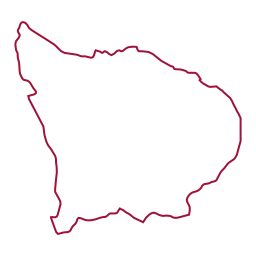 the border of Apurímac
{"feature_id": "PER-569", "entity_name": "Apurímac", "entity_type": "Department", "adm_level": 1, "iso_a3": "PER", "parent_name": "Peru", "parent_adm1": "", "projection": "orthographic", "projection_center": [-73.045, -14.013], "detail": "fine", "context": "isolated", "style": "outline", "palette": "rose", "viewbox_px": 256, "rotation_deg": 0, "n_neighbors": 0, "source": "natural_earth", "source_scale": "10m", "svg_char_len": 2801}
<svg xmlns="http://www.w3.org/2000/svg" viewBox="0 0 256 256"><path d="M132.7,46.7L136.1,46.8L136.8,47.2L137.0,48.3L137.6,49.7L138.3,50.8L138.9,51.2L144.1,51.4L148.9,52.1L153.0,54.2L161.4,60.9L170.7,66.1L172.2,66.4L173.2,66.9L174.2,68.8L175.6,69.2L180.8,69.5L185.7,70.9L186.4,71.4L187.0,72.1L187.9,72.6L189.6,72.8L194.8,72.8L196.5,73.5L198.0,75.2L200.6,79.1L199.6,80.1L201.1,81.8L203.4,83.6L208.3,86.4L210.2,86.9L216.6,86.4L217.3,87.2L221.3,90.2L222.2,90.5L223.3,91.9L230.2,98.1L232.0,101.0L233.4,104.1L236.2,109.4L236.8,110.8L238.9,114.5L240.6,118.2L240.6,141.0L236.8,154.9L235.4,157.4L234.6,158.5L233.7,159.4L229.4,162.3L228.4,163.1L227.5,164.0L224.4,168.1L221.4,171.2L220.2,173.0L216.6,179.9L215.5,181.0L211.1,182.2L209.3,183.2L207.1,183.7L204.4,184.1L203.1,184.9L202.1,185.9L201.4,187.4L200.3,188.8L198.2,190.5L196.1,191.4L193.2,192.2L191.5,193.0L190.1,194.1L188.8,195.5L188.0,196.7L187.3,198.0L186.9,199.3L186.9,200.7L187.3,202.0L189.1,205.6L189.6,206.8L189.8,208.3L189.6,211.5L189.0,214.7L178.4,217.5L175.9,217.9L173.6,217.6L172.2,217.0L170.9,216.2L169.1,215.8L166.7,215.6L162.8,215.9L160.6,215.4L159.0,214.9L157.8,214.2L156.6,213.6L153.9,212.7L152.0,213.0L149.7,214.3L146.3,217.4L143.1,222.2L134.9,218.3L133.3,217.3L129.2,214.0L126.1,212.4L123.5,210.4L119.8,208.5L118.9,209.8L117.7,211.9L116.9,212.9L115.6,213.4L114.0,213.5L111.8,213.4L110.4,213.5L109.1,214.0L107.3,215.7L106.3,216.4L105.2,216.9L103.0,217.1L100.3,217.7L94.9,219.5L91.9,220.1L88.9,220.4L87.6,220.3L86.0,220.1L84.0,219.5L81.1,218.3L79.7,218.0L78.5,218.0L77.6,218.8L77.1,220.0L76.7,221.4L76.1,222.7L75.4,223.7L72.7,226.4L71.9,227.5L70.7,230.0L69.9,231.0L68.9,231.7L67.6,232.1L63.7,232.4L60.2,233.4L57.9,233.9L56.1,231.9L51.1,218.1L51.0,217.2L52.3,217.1L55.2,217.3L56.6,216.7L57.5,215.3L60.5,204.4L60.3,201.4L58.3,197.5L55.2,192.0L55.1,189.7L55.8,181.6L56.8,172.6L56.7,167.5L56.0,162.0L56.0,160.0L55.8,158.2L55.2,156.0L51.2,149.4L48.1,145.3L47.1,143.3L46.1,140.7L44.5,135.1L43.4,126.5L29.0,99.0L28.3,96.0L33.8,94.5L35.2,93.8L35.9,93.2L35.8,91.3L33.2,87.9L30.4,83.2L29.6,82.2L28.6,81.3L27.5,80.7L26.3,80.4L24.2,80.0L23.0,79.3L22.0,77.9L20.1,73.9L19.7,71.8L19.1,62.7L17.8,57.8L17.6,53.2L16.3,50.5L16.0,49.4L15.4,44.8L15.5,43.0L16.1,41.1L19.0,37.4L19.8,35.0L18.2,32.3L17.8,31.1L18.0,29.9L19.3,27.6L20.1,24.8L20.7,23.6L21.5,22.6L22.7,22.1L24.2,22.4L25.7,23.2L27.4,25.1L29.0,27.9L31.6,30.1L53.8,44.2L55.8,45.9L61.0,51.1L64.6,52.9L76.8,54.7L78.1,55.1L80.6,56.1L82.2,56.4L84.3,56.3L86.0,56.5L90.4,57.6L91.8,57.6L93.1,56.9L93.9,55.5L95.1,51.7L95.7,50.3L100.2,51.7L101.3,52.5L102.2,52.9L103.1,52.4L104.0,51.6L104.8,51.2L107.2,52.3L109.3,54.1L111.5,55.1L114.5,53.5L116.6,51.2L117.6,50.8L119.3,50.3L119.8,50.5L121.1,51.2L121.9,51.2L122.4,51.1L122.8,50.9L126.6,48.0L128.4,47.2L132.7,46.7Z" fill="none" stroke="#9f1239" stroke-width="2"/></svg>